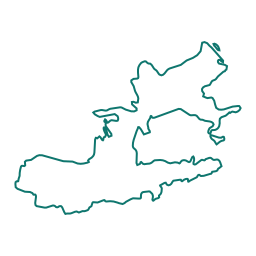 outline of Leninabad
{"feature_id": "TJK-369", "entity_name": "Leninabad", "entity_type": "Region", "adm_level": 1, "iso_a3": "TJK", "parent_name": "Tajikistan", "parent_adm1": "", "projection": "albers", "projection_center": [69.514, 39.97], "detail": "fine", "context": "isolated", "style": "outline", "palette": "teal", "viewbox_px": 256, "rotation_deg": 0, "n_neighbors": 0, "source": "natural_earth", "source_scale": "10m", "svg_char_len": 5935}
<svg xmlns="http://www.w3.org/2000/svg" viewBox="0 0 256 256"><path d="M239.3,106.1L240.6,108.1L239.6,110.0L237.6,111.6L235.7,112.3L232.4,111.6L231.6,111.9L230.1,112.9L229.5,112.4L229.2,112.5L228.6,113.2L226.2,115.3L225.4,115.8L221.5,117.2L219.9,118.7L219.6,120.8L219.7,123.3L219.2,126.1L218.4,127.6L217.4,128.7L216.1,129.5L214.8,130.0L212.2,130.1L211.5,130.5L211.1,131.2L210.6,133.0L210.1,133.7L208.7,133.2L208.2,132.2L208.4,130.8L209.0,129.2L209.7,128.1L212.7,126.2L213.6,124.4L212.9,123.0L211.5,122.0L209.9,121.5L205.0,120.8L202.7,119.8L200.5,119.6L199.4,119.0L196.7,115.8L195.4,115.2L193.9,115.1L190.9,115.3L189.6,114.9L180.8,109.1L178.6,108.9L154.4,117.7L153.4,117.8L152.4,117.7L152.0,117.3L151.4,116.1L150.9,116.0L150.6,116.3L150.1,118.2L148.9,120.1L147.9,121.9L147.5,124.0L148.0,126.5L148.3,127.5L148.3,128.6L149.8,131.2L149.8,132.3L143.9,134.4L140.9,129.3L139.1,127.2L138.3,127.1L138.1,127.2L138.0,127.7L137.8,128.5L136.6,131.2L133.7,139.8L133.0,142.8L132.8,146.0L133.2,147.5L134.2,148.6L135.3,149.5L136.1,150.6L136.6,151.9L136.8,153.5L136.5,163.0L137.3,165.0L139.8,164.0L140.2,163.4L140.6,162.2L141.2,162.0L143.0,163.8L144.3,164.2L147.0,163.8L149.5,163.6L150.6,163.2L151.7,162.6L153.8,160.8L154.8,160.3L160.2,160.0L162.8,160.3L165.2,161.1L167.8,162.6L170.2,163.3L175.0,162.3L177.6,162.6L179.4,163.4L180.0,163.0L180.9,161.6L182.0,160.6L183.3,160.2L184.6,160.2L185.9,160.5L188.0,161.7L189.0,162.1L190.0,161.7L190.5,161.0L192.2,157.2L193.2,156.5L193.8,157.3L194.1,158.7L194.1,160.1L193.4,163.0L193.6,164.1L194.6,164.5L195.7,164.3L201.2,160.1L202.0,159.8L204.0,160.3L204.6,160.3L205.0,160.0L205.6,159.2L209.2,157.9L210.3,157.8L211.2,158.1L212.6,159.3L213.4,159.8L214.5,159.9L216.7,159.5L217.8,159.6L219.3,160.7L220.2,162.4L221.5,166.2L219.3,168.0L218.3,168.6L217.8,169.3L217.3,170.5L215.9,171.2L212.2,171.8L211.6,173.2L211.0,173.8L210.2,173.9L203.8,175.8L201.2,176.0L200.6,175.9L199.5,174.9L198.6,174.9L198.2,175.1L197.7,175.7L197.2,176.7L196.7,177.3L190.1,180.6L188.6,181.7L188.3,181.7L188.1,181.3L188.0,179.9L187.8,179.1L187.4,178.9L186.7,178.9L185.8,179.0L184.1,179.7L182.2,181.2L181.8,181.2L181.3,180.8L180.9,179.8L180.2,179.7L173.4,180.7L172.6,181.6L171.3,183.8L170.1,184.8L168.9,185.2L168.4,185.3L167.0,184.7L166.7,184.4L165.7,182.7L164.5,182.9L160.1,185.4L160.4,186.2L161.5,187.5L161.8,188.6L161.5,191.9L161.0,193.3L160.4,194.3L159.0,195.5L159.0,196.4L159.2,197.2L158.9,197.6L158.2,198.1L156.0,198.7L155.1,199.2L153.4,200.7L153.1,200.7L152.7,200.3L152.4,199.6L152.8,197.7L152.9,196.7L152.9,195.8L152.4,194.2L152.0,193.6L149.8,191.5L148.9,191.4L143.7,192.0L142.5,192.3L141.7,193.1L141.3,193.7L141.0,194.8L140.9,197.8L140.6,198.2L140.2,198.5L139.1,198.6L133.1,198.3L132.0,198.7L130.6,199.3L126.0,201.8L124.5,203.1L122.6,204.0L119.1,203.2L117.5,202.6L113.6,201.5L110.1,201.2L106.3,201.5L105.5,201.3L105.1,201.0L104.7,200.3L104.4,200.1L103.6,200.2L97.6,202.5L93.4,202.2L92.9,202.3L92.5,202.7L91.4,206.2L89.4,207.5L88.5,209.3L87.8,210.1L85.6,210.9L84.3,211.2L82.5,211.1L78.9,212.5L76.7,211.5L75.9,211.6L74.9,211.8L71.4,213.2L70.2,213.5L67.1,213.5L65.4,213.9L64.3,212.2L62.2,207.4L61.3,206.3L60.8,206.1L59.3,206.2L58.2,207.0L57.2,207.3L56.1,207.1L55.2,206.2L54.7,205.9L53.7,205.5L52.8,205.5L46.2,207.6L44.5,207.6L36.6,206.1L35.5,205.0L35.2,203.0L36.0,196.8L35.9,195.7L35.4,194.7L35.0,194.5L33.9,194.7L33.5,194.7L32.4,193.1L30.0,192.0L24.9,191.7L17.5,188.8L15.7,187.2L15.4,183.9L15.6,182.2L16.5,181.4L17.2,181.2L17.8,181.4L18.2,181.2L18.7,178.6L19.6,175.9L19.7,172.9L20.2,169.7L21.0,166.6L21.6,165.9L22.6,165.8L24.2,166.1L25.0,165.6L25.2,165.3L24.9,161.8L26.2,160.6L31.1,159.9L37.0,155.9L39.3,155.2L42.2,155.3L63.3,161.2L72.6,161.6L77.6,163.5L80.7,163.8L83.7,163.5L87.6,162.6L88.8,162.0L88.1,160.5L89.0,159.3L91.7,157.6L93.2,156.0L94.0,154.5L94.4,152.5L95.1,139.6L95.8,137.8L96.5,137.9L97.3,138.3L99.4,136.4L100.4,137.2L102.1,139.9L102.9,140.3L103.3,139.8L103.4,138.5L103.9,137.3L105.0,136.9L105.8,135.4L105.8,134.2L104.4,131.3L103.8,129.5L103.6,128.0L104.1,127.4L105.3,128.3L106.6,131.1L107.5,134.6L108.9,136.8L111.5,135.7L111.3,133.9L105.9,126.3L105.7,125.5L105.6,124.8L105.7,123.1L105.5,122.5L104.4,121.6L104.3,120.9L105.1,119.4L106.1,120.2L107.4,122.7L108.2,122.5L110.4,120.6L111.7,120.2L116.2,120.9L117.6,120.7L118.1,119.7L118.2,118.5L118.0,117.3L117.6,116.2L114.7,114.1L99.7,116.9L97.6,116.0L94.8,114.3L93.3,112.5L94.6,111.6L100.5,110.1L101.9,110.0L105.4,110.6L106.8,110.5L109.0,109.3L110.2,108.8L120.2,107.3L121.6,107.5L125.7,109.6L131.2,111.3L134.2,111.4L136.6,110.3L136.6,108.4L132.1,104.4L131.9,102.0L133.5,101.8L135.8,102.7L137.8,102.4L138.3,98.4L137.9,96.6L137.2,95.1L135.6,92.2L135.0,90.8L133.7,86.2L131.3,82.1L131.3,80.4L133.5,78.9L137.2,78.6L138.1,78.1L138.4,77.0L138.0,72.7L138.0,69.7L138.4,67.3L139.4,65.2L140.9,63.2L141.8,62.5L142.8,62.0L144.7,61.3L145.8,61.4L147.4,62.9L148.4,63.5L150.3,63.7L151.7,65.0L154.1,68.7L154.8,69.3L156.3,70.4L157.0,71.2L158.8,73.9L159.5,74.6L161.4,75.3L163.0,74.8L164.5,73.5L167.1,70.2L168.3,69.2L169.6,68.5L180.8,64.9L186.6,60.5L192.9,57.9L197.2,55.2L200.6,51.2L202.2,42.7L204.5,42.1L207.2,43.2L209.5,45.8L211.4,47.4L223.1,60.6L223.0,62.1L221.8,61.6L219.7,59.8L218.5,60.0L217.9,61.0L218.1,62.4L219.1,63.6L224.7,64.8L227.0,66.1L226.4,69.6L225.4,70.2L224.9,71.2L223.4,71.7L218.0,76.4L215.9,79.1L215.1,79.7L212.4,80.8L211.6,81.7L210.2,84.2L209.6,85.0L204.8,86.3L203.0,87.5L202.0,89.1L202.2,91.1L204.0,93.6L203.2,96.4L206.2,97.7L207.5,98.1L211.2,97.5L212.5,98.0L214.2,100.7L215.1,104.4L216.2,107.8L218.7,109.5L221.3,109.7L223.9,109.4L232.6,106.6L238.1,106.0L239.3,106.1ZM210.5,135.2L211.4,135.2L218.9,137.6L221.1,137.7L223.0,136.7L223.8,136.9L224.3,138.4L224.2,139.8L223.6,140.4L221.5,140.9L219.8,141.8L216.6,144.4L216.3,144.1L214.5,141.1L213.8,140.4L211.7,138.9L210.9,137.7L210.4,136.4L210.5,135.2ZM214.5,43.7L216.1,44.4L217.6,45.7L218.4,47.0L219.2,49.0L219.4,50.3L218.2,50.1L217.1,49.1L215.3,46.7L214.2,45.6L213.5,44.0L214.5,43.7Z" fill="none" stroke="#0f766e" stroke-width="2"/></svg>